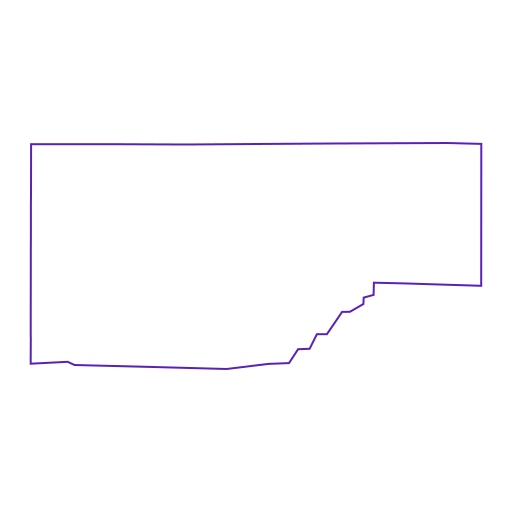 Crawford, Pennsylvania, United States of America
{"feature_id": "52423323B54680943068463", "entity_name": "Crawford", "entity_type": "district", "adm_level": 2, "iso_a3": "USA", "parent_name": "United States of America", "parent_adm1": "Pennsylvania", "projection": "robinson", "projection_center": [-80.159, 41.666], "detail": "fine", "context": "isolated", "style": "outline", "palette": "violet", "viewbox_px": 512, "rotation_deg": 0, "n_neighbors": 0, "source": "geoboundaries", "source_scale": "gbopen_adm2", "svg_char_len": 579}
<svg xmlns="http://www.w3.org/2000/svg" viewBox="0 0 512 512"><path d="M30.7,363.7L67.7,361.8L74.5,365.0L157.1,367.1L226.6,369.0L268.4,363.9L289.0,363.1L298.1,349.2L309.6,348.8L316.9,334.2L326.9,334.2L342.1,311.9L349.9,311.8L363.4,304.0L363.7,297.6L373.6,294.9L373.9,282.7L404.0,283.4L481.2,285.8L481.2,281.6L481.3,143.9L447.4,143.0L333.4,143.5L271.3,143.9L186.3,144.5L114.7,144.2L87.3,144.2L31.1,144.2L31.0,195.6L30.9,203.3L30.9,211.3L30.9,234.4L30.8,252.8L30.8,253.7L30.8,269.2L30.7,333.1L30.8,339.5L30.7,357.1L30.7,363.7Z" fill="none" stroke="#5b21b6" stroke-width="2"/></svg>